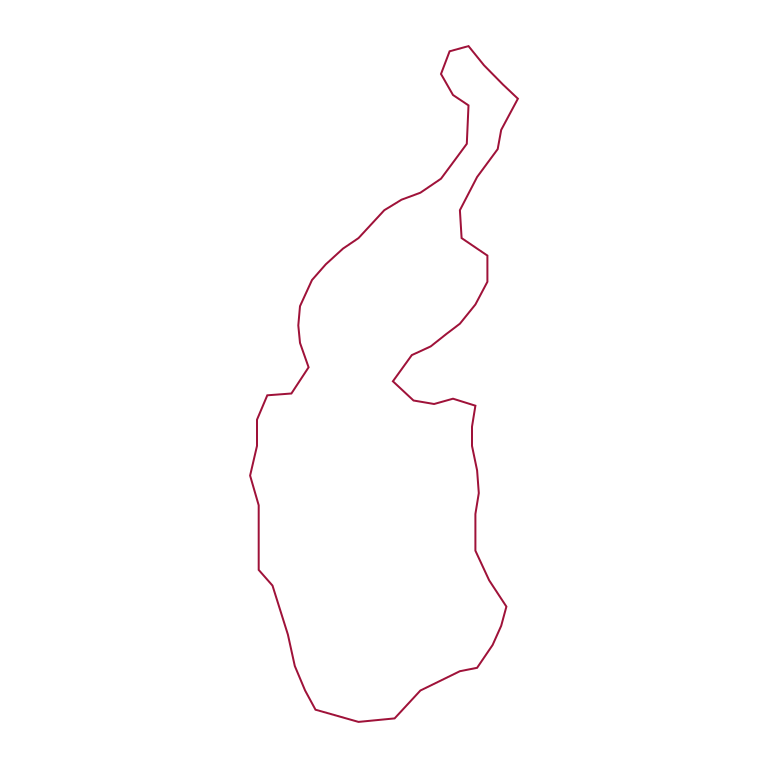 Kontea, Cyprus
{"feature_id": "46923920B33893861397598", "entity_name": "Kontea", "entity_type": "district", "adm_level": 2, "iso_a3": "CYP", "parent_name": "Cyprus", "parent_adm1": "", "projection": "natural_earth1", "projection_center": [33.731, 35.111], "detail": "fine", "context": "isolated", "style": "outline", "palette": "rose", "viewbox_px": 768, "rotation_deg": 0, "n_neighbors": 0, "source": "geoboundaries", "source_scale": "gbopen_adm2", "svg_char_len": 935}
<svg xmlns="http://www.w3.org/2000/svg" viewBox="0 0 768 768"><path d="M468.5,46.1L449.6,51.3L441.0,74.0L453.0,95.0L468.5,105.4L466.8,143.8L456.5,157.8L441.0,178.7L420.4,192.7L401.5,199.7L384.3,210.2L358.5,238.1L343.0,248.6L325.8,264.3L312.0,280.0L300.0,306.2L298.3,325.4L300.0,342.9L308.6,367.3L291.4,393.5L267.3,395.3L257.0,419.7L257.0,445.9L250.1,475.6L258.7,505.3L258.7,543.7L258.7,569.9L272.5,585.6L287.9,634.6L294.8,666.0L305.1,690.5L315.5,709.7L358.5,721.9L394.6,718.4L420.4,690.5L459.9,671.2L477.1,667.8L492.6,645.0L501.2,625.8L506.4,606.6L489.2,580.4L475.4,550.7L475.4,514.0L478.8,493.1L477.1,470.4L472.0,445.9L472.0,426.7L475.4,405.7L453.0,398.7L434.1,404.0L413.5,400.5L392.9,381.3L411.8,355.1L430.7,346.4L446.2,334.1L459.9,323.7L475.4,304.5L487.4,281.8L487.4,255.6L461.6,238.1L459.9,210.2L477.1,177.0L497.7,149.1L501.2,129.9L517.9,98.7L502.9,84.5L484.0,65.3L468.5,46.1Z" fill="none" stroke="#9f1239" stroke-width="2"/></svg>